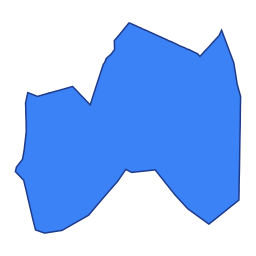 San Dionisio Ocotepec, Oaxaca, Mexico (Natural Earth projection)
{"feature_id": "50627088B78764005336655", "entity_name": "San Dionisio Ocotepec", "entity_type": "district", "adm_level": 2, "iso_a3": "MEX", "parent_name": "Mexico", "parent_adm1": "Oaxaca", "projection": "natural_earth1", "projection_center": [-96.307, 16.784], "detail": "fine", "context": "isolated", "style": "filled", "palette": "blue", "viewbox_px": 256, "rotation_deg": 0, "n_neighbors": 0, "source": "geoboundaries", "source_scale": "gbopen_adm2", "svg_char_len": 1672}
<svg xmlns="http://www.w3.org/2000/svg" viewBox="0 0 256 256"><path d="M238.9,200.1L239.1,190.3L239.1,185.9L239.2,180.4L239.4,172.4L239.5,166.4L239.8,145.8L239.9,138.8L240.2,124.9L240.4,108.3L240.6,96.5L237.2,84.3L233.8,62.9L221.6,30.2L220.7,32.1L219.2,35.5L217.5,37.3L214.4,40.7L213.6,41.5L212.1,43.1L211.0,44.5L208.0,47.8L205.7,50.1L204.2,51.7L203.3,52.8L203.2,53.0L199.9,56.4L199.5,55.9L197.6,53.8L192.0,51.1L190.3,50.3L190.1,50.0L187.7,49.1L187.2,49.2L185.5,48.2L184.7,47.8L179.9,45.9L179.6,45.8L176.2,44.0L173.7,42.8L171.7,41.9L171.3,41.7L170.3,41.3L168.6,40.7L168.3,40.6L167.8,40.3L165.7,39.2L164.3,38.6L164.2,38.6L162.9,38.0L160.1,36.7L157.3,35.5L153.9,33.9L149.4,31.9L148.1,31.3L147.6,31.0L144.2,29.6L142.4,28.9L141.7,28.5L141.7,28.4L139.6,27.5L138.0,26.8L137.1,26.4L135.5,25.6L133.2,24.6L131.6,23.9L130.0,23.2L129.1,22.9L128.4,23.6L118.9,35.3L114.3,40.6L114.6,49.5L111.2,54.1L109.8,55.3L106.2,58.5L106.0,59.1L104.8,62.3L103.3,64.4L96.6,84.9L90.2,104.9L85.7,100.2L83.5,97.9L80.5,94.8L76.5,90.5L72.6,86.5L50.2,92.8L50.3,92.7L49.9,92.7L49.3,92.9L49.1,92.9L48.6,93.1L48.1,93.3L37.5,96.4L27.8,92.6L27.6,93.3L25.5,103.2L25.7,106.6L25.8,110.0L25.8,112.5L26.1,121.2L26.2,128.1L26.2,131.8L25.4,139.4L24.8,144.3L24.2,149.9L22.5,159.3L19.7,162.9L17.6,165.6L16.4,167.2L16.3,167.8L15.4,171.6L23.8,180.4L24.3,182.9L26.7,192.7L27.8,197.6L28.8,202.0L30.3,208.4L32.5,217.9L35.5,229.9L44.6,233.1L62.0,230.4L75.1,222.9L88.6,215.2L105.5,195.2L112.3,187.4L117.5,181.5L125.8,169.4L131.6,172.4L147.6,170.7L155.2,169.9L175.1,195.0L187.9,208.9L208.9,224.1L217.2,217.5L218.6,216.4L219.9,215.3L223.3,212.6L230.8,206.5L238.9,200.1Z" fill="#3b82f6" stroke="#1e3a8a" stroke-width="1.5"/></svg>